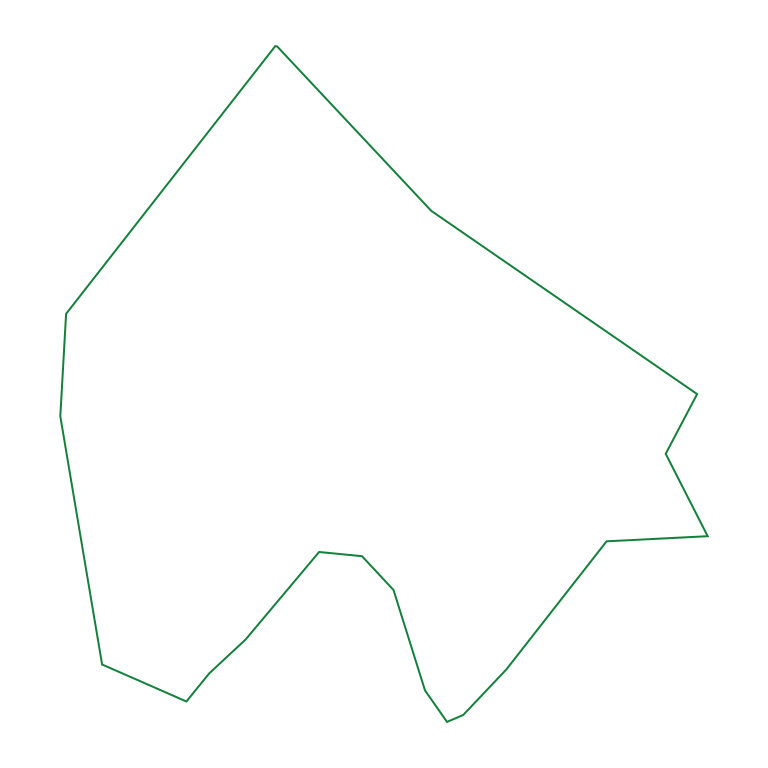 SVG path tracing the border of Radenci
{"feature_id": "SVN-930", "entity_name": "Radenci", "entity_type": "Municipality", "adm_level": 1, "iso_a3": "SVN", "parent_name": "Slovenia", "parent_adm1": "", "projection": "albers", "projection_center": [16.055, 46.625], "detail": "fine", "context": "isolated", "style": "outline", "palette": "green", "viewbox_px": 768, "rotation_deg": 0, "n_neighbors": 0, "source": "natural_earth", "source_scale": "10m", "svg_char_len": 375}
<svg xmlns="http://www.w3.org/2000/svg" viewBox="0 0 768 768"><path d="M102.1,664.5L60.3,416.3L66.1,313.8L275.3,46.1L277.2,46.5L431.3,210.9L697.1,394.1L665.7,453.8L707.7,536.2L606.6,541.3L506.4,669.4L463.2,715.0L447.0,721.9L425.0,690.4L393.5,590.0L362.0,556.2L319.1,552.0L245.6,639.5L209.3,673.3L186.4,701.5L102.1,664.5Z" fill="none" stroke="#15803d" stroke-width="2"/></svg>